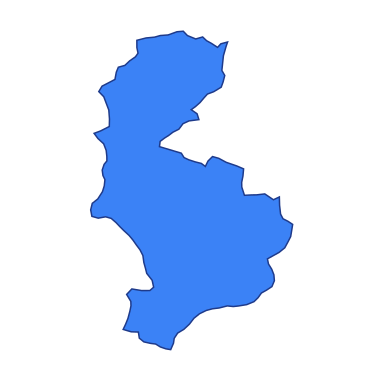 Sumaré, São Paulo, Brazil (Robinson projection), rotated 276°
{"feature_id": "56859067B51080216941917", "entity_name": "Sumaré", "entity_type": "district", "adm_level": 2, "iso_a3": "BRA", "parent_name": "Brazil", "parent_adm1": "São Paulo", "projection": "robinson", "projection_center": [-47.259, -22.848], "detail": "fine", "context": "isolated", "style": "filled", "palette": "blue", "viewbox_px": 384, "rotation_deg": 276, "n_neighbors": 0, "source": "geoboundaries", "source_scale": "gbopen_adm2", "svg_char_len": 2090}
<svg xmlns="http://www.w3.org/2000/svg" viewBox="0 0 384 384"><g transform="rotate(276 192 192)"><path d="M337.1,121.3L329.8,122.1L324.4,123.8L320.5,121.6L315.9,116.3L310.9,112.0L308.4,105.7L303.3,104.2L295.9,103.6L291.9,97.6L287.9,91.5L282.1,88.8L277.5,94.3L264.8,100.7L255.9,102.3L248.5,102.9L243.2,94.7L240.1,88.5L235.3,92.9L230.7,99.1L224.4,102.3L218.4,103.6L214.0,104.1L210.3,101.7L204.4,100.4L199.1,101.7L195.2,104.1L188.9,104.1L182.9,102.9L175.2,99.0L170.3,94.0L163.6,93.1L157.3,95.0L156.2,101.5L158.3,108.7L157.3,114.4L153.6,119.7L149.9,124.0L146.6,128.1L142.2,134.0L138.0,138.3L133.4,142.3L129.1,146.3L123.7,149.8L116.8,151.5L111.2,153.7L106.3,155.5L100.0,161.6L93.3,163.8L89.6,160.4L88.7,152.3L89.3,142.3L83.3,137.7L76.8,142.6L72.4,143.2L67.1,142.7L59.5,141.5L53.6,139.8L48.1,137.9L46.6,146.1L47.1,153.3L41.1,154.9L37.9,159.8L37.1,166.8L37.0,171.7L34.6,176.7L33.3,182.4L33.0,187.3L39.7,189.4L44.6,189.6L50.2,192.5L54.6,198.3L60.4,203.3L66.6,207.1L71.7,212.2L75.7,218.6L78.0,224.6L79.5,231.1L82.4,239.0L82.4,245.0L83.5,250.1L85.7,258.2L89.4,265.1L93.7,268.7L98.8,271.6L102.2,276.4L106.3,281.4L112.4,283.2L118.2,282.1L123.5,279.4L128.4,275.6L133.4,274.0L136.4,278.3L141.1,285.0L146.2,290.1L153.0,292.9L158.0,294.8L162.9,295.1L170.3,295.5L172.9,290.5L174.9,285.3L179.3,282.4L187.9,280.5L196.2,279.4L192.8,273.8L197.7,264.6L195.9,256.5L195.3,251.5L194.2,244.5L202.1,241.0L206.7,240.4L213.2,241.0L220.4,240.9L222.6,233.8L225.1,222.9L228.3,215.1L229.4,208.7L224.5,204.7L218.8,202.6L221.4,198.3L222.3,192.0L223.7,185.4L225.4,180.5L229.5,177.3L233.7,154.9L239.0,155.0L242.9,159.2L246.0,163.1L249.5,166.8L253.1,172.4L259.0,175.9L262.4,181.6L264.7,191.3L270.3,188.9L273.8,182.6L277.5,186.7L281.9,190.7L286.6,193.9L291.0,197.1L294.0,203.1L299.3,210.1L304.6,211.4L311.3,212.4L316.0,209.0L322.1,209.0L326.4,209.0L330.8,209.0L335.3,209.8L339.9,210.6L344.9,211.7L342.4,205.2L338.5,202.3L341.8,195.9L344.0,190.7L347.3,186.4L344.6,179.7L347.1,171.1L351.0,166.5L349.8,160.3L345.7,151.8L344.3,144.1L342.1,138.6L340.4,130.2L337.1,121.3Z" fill="#3b82f6" stroke="#1e3a8a" stroke-width="1.5"/></g></svg>